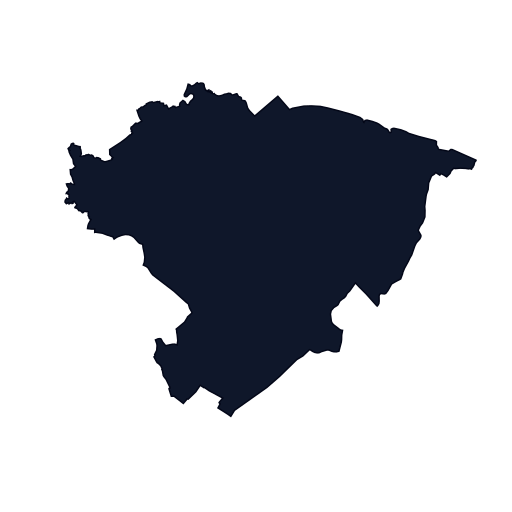 the district of Bang Pakong, Chachoengsao, Thailand, rotated 189°
{"feature_id": "78962969B35774632549792", "entity_name": "Bang Pakong", "entity_type": "district", "adm_level": 2, "iso_a3": "THA", "parent_name": "Thailand", "parent_adm1": "Chachoengsao", "projection": "albers", "projection_center": [100.994, 13.548], "detail": "fine", "context": "isolated", "style": "filled", "palette": "ink", "viewbox_px": 512, "rotation_deg": 189, "n_neighbors": 0, "source": "geoboundaries", "source_scale": "gbopen_adm2", "svg_char_len": 6117}
<svg xmlns="http://www.w3.org/2000/svg" viewBox="0 0 512 512"><g transform="rotate(189 256 256)"><path d="M255.8,93.7L253.1,100.2L224.7,127.9L213.8,140.9L199.5,160.1L194.1,164.6L188.5,171.9L187.8,171.9L185.3,170.7L183.0,170.0L180.5,169.9L178.6,170.3L176.4,171.8L171.2,174.3L169.1,174.5L166.4,173.8L164.4,173.6L161.7,173.9L159.2,174.9L158.3,184.3L158.4,186.8L159.0,191.3L158.9,196.1L160.7,196.1L162.0,196.6L168.9,200.4L170.7,202.1L171.4,203.4L173.4,210.3L173.2,213.9L171.1,217.3L168.5,219.5L167.4,220.7L166.2,224.5L164.0,227.0L162.5,228.3L161.2,230.1L160.1,233.4L158.0,236.1L153.6,245.0L149.4,241.7L141.4,235.9L129.4,226.1L128.5,225.5L127.9,226.4L127.2,228.3L127.3,230.6L128.2,235.7L128.1,236.9L127.7,237.6L127.2,238.2L126.5,238.5L123.3,238.6L122.0,239.3L120.3,242.5L117.7,249.6L114.4,252.3L109.5,256.0L108.5,261.1L108.4,262.9L107.4,267.1L104.6,274.9L103.7,278.1L102.4,281.4L100.7,290.9L99.7,294.1L96.9,298.4L96.3,300.3L96.2,301.4L96.4,302.3L99.4,306.1L99.8,307.0L98.6,311.2L96.7,314.8L95.3,321.0L96.2,327.5L97.1,331.3L97.4,341.8L97.3,343.9L96.4,348.5L96.9,355.2L95.2,362.4L92.4,365.0L91.7,366.6L87.1,364.6L86.4,366.3L83.5,365.5L80.1,364.0L77.3,367.9L76.7,370.4L74.5,373.6L72.9,373.5L68.1,374.7L62.7,375.3L59.7,375.3L59.2,375.6L57.7,375.7L56.7,375.5L56.4,376.7L55.7,377.4L55.5,378.6L55.0,379.4L54.7,382.9L53.6,384.6L53.7,385.1L78.8,391.8L80.2,391.7L81.9,389.7L82.3,389.6L92.3,389.9L93.0,390.7L93.2,391.6L95.2,393.7L95.7,397.3L97.1,397.9L113.9,399.5L124.3,401.0L127.3,402.2L132.7,403.3L139.3,403.7L140.6,403.5L142.2,402.5L142.4,402.0L142.0,400.9L141.9,399.5L142.9,398.7L143.7,399.0L145.7,401.3L146.6,401.9L149.2,402.4L155.1,405.4L157.4,406.2L162.2,407.1L167.6,407.6L169.5,406.9L170.1,405.5L170.2,404.7L170.6,404.8L172.0,407.5L175.0,409.1L183.2,410.7L196.5,412.3L208.2,413.4L215.9,413.8L224.8,412.9L232.2,411.5L243.1,407.6L245.8,405.8L259.4,417.2L279.2,394.0L285.0,398.3L286.6,399.9L287.5,401.0L289.6,405.6L290.8,407.3L291.4,407.6L294.2,407.6L294.9,408.4L295.1,409.6L295.5,410.1L296.1,410.5L297.4,410.6L298.3,410.9L300.1,413.2L300.7,413.2L304.2,411.3L305.3,411.5L306.5,412.5L308.7,412.4L310.1,411.6L312.5,410.8L314.4,409.5L316.5,408.6L317.8,408.2L319.9,408.3L322.0,409.2L322.7,409.9L323.3,409.4L324.7,409.8L324.8,410.8L325.3,410.5L325.6,409.9L325.9,410.0L326.2,410.3L325.9,410.7L326.2,411.1L326.0,411.5L326.6,412.1L327.7,411.3L327.6,410.8L327.9,410.7L328.2,410.9L328.3,412.3L328.5,412.7L329.3,412.2L329.5,411.0L329.8,411.2L330.2,411.2L330.7,411.7L331.5,411.7L331.6,412.2L332.2,412.4L332.4,413.2L333.4,414.8L334.1,417.1L334.9,418.1L335.9,418.3L337.6,418.2L339.5,417.2L339.9,417.2L341.1,418.0L342.0,417.3L343.4,415.5L345.6,413.9L346.9,413.8L348.3,414.9L349.9,415.1L350.4,410.2L352.1,404.2L351.8,402.8L350.9,402.3L350.1,402.3L349.3,402.6L347.2,405.4L346.7,405.9L345.6,406.3L344.2,406.2L343.4,405.9L342.6,405.0L342.3,404.1L342.3,402.2L343.3,400.5L344.9,398.6L345.9,396.2L346.0,394.8L347.4,394.7L348.1,394.9L348.7,395.2L350.4,397.3L352.5,398.2L354.9,395.3L355.1,393.6L354.8,391.9L358.7,390.0L359.6,391.1L360.2,390.5L361.3,391.1L362.0,390.2L365.4,387.6L368.0,391.0L370.5,390.0L371.3,392.3L374.9,392.1L375.3,393.5L377.6,392.7L377.7,393.0L381.4,391.4L382.5,392.0L383.0,391.9L385.1,391.2L388.1,389.1L387.8,388.4L388.1,388.1L389.2,387.3L390.9,385.5L392.6,385.1L393.7,383.6L394.8,382.8L395.2,381.5L396.3,381.3L393.5,375.9L391.8,373.4L390.0,371.7L389.9,371.3L392.5,369.4L392.7,368.6L395.7,368.3L398.3,364.7L399.5,363.7L399.5,361.9L398.4,361.0L398.2,360.3L398.7,359.8L397.1,358.2L397.9,357.6L397.8,356.6L399.5,355.8L402.7,351.8L407.6,346.8L417.2,338.2L416.3,333.4L412.6,330.8L413.7,329.9L413.2,328.9L414.8,327.7L419.3,325.6L420.5,325.4L424.3,326.3L424.7,326.7L424.9,327.6L427.0,328.3L428.9,328.3L429.7,327.5L430.5,327.4L431.8,327.9L432.3,329.1L433.8,329.9L434.3,330.0L435.3,329.5L437.4,330.1L438.3,329.5L439.7,329.3L440.4,328.2L441.6,328.1L443.9,327.1L445.2,327.0L444.5,329.6L445.5,333.0L446.0,334.1L446.7,334.7L446.6,335.8L446.8,336.5L448.0,336.4L451.6,336.9L452.6,336.7L453.7,337.8L453.6,338.5L453.9,338.7L454.9,338.5L456.0,337.6L456.4,334.9L457.1,334.4L458.4,332.7L457.4,331.1L456.4,331.0L457.0,329.8L454.9,326.5L452.0,323.1L450.6,318.6L448.1,316.3L450.5,313.2L451.9,312.3L453.0,312.2L451.9,307.8L450.0,305.3L448.4,301.8L446.8,299.4L446.5,298.2L449.3,298.2L450.4,299.1L450.8,298.7L451.0,298.1L453.1,298.0L454.5,297.5L453.5,295.6L451.6,293.5L451.2,292.3L451.7,291.7L451.4,290.6L452.9,289.3L453.2,288.0L451.4,288.3L451.2,287.5L450.4,287.5L450.1,286.8L450.1,285.7L449.7,284.4L449.8,283.6L450.6,282.8L452.1,283.5L452.3,282.5L453.1,281.3L453.1,279.4L451.5,278.0L449.4,279.4L448.8,278.2L446.8,279.8L445.9,279.0L445.0,279.5L444.8,279.9L445.2,280.5L445.2,281.2L444.2,281.7L440.8,278.5L442.2,276.3L442.5,275.6L442.3,275.3L440.5,275.1L439.3,274.4L438.1,273.1L436.4,273.2L434.2,271.6L433.7,271.7L432.8,272.9L431.9,273.3L430.0,273.3L428.9,273.6L428.5,273.5L428.2,272.9L428.5,271.9L428.1,271.2L428.2,270.0L427.7,269.1L426.8,268.6L427.0,267.6L425.7,266.5L424.7,266.3L426.4,261.6L426.7,259.8L426.7,256.7L422.5,256.9L419.5,257.4L419.0,254.1L418.2,254.4L411.3,254.5L406.1,253.4L404.2,253.2L401.8,252.7L400.6,252.8L398.8,250.5L397.4,251.9L395.7,253.3L391.8,255.5L388.4,256.8L384.8,257.1L382.0,256.5L379.4,255.3L374.3,251.1L373.0,250.3L369.7,249.8L368.9,246.7L366.9,241.5L365.6,237.4L365.3,232.3L365.9,229.4L362.7,228.5L360.9,227.5L356.6,222.6L354.9,221.1L331.5,208.4L317.7,199.4L315.3,198.1L313.4,194.1L310.8,190.8L310.4,190.0L310.5,189.5L314.1,185.1L314.3,184.1L316.2,179.5L323.4,171.3L322.8,170.3L322.4,168.4L321.5,165.8L320.0,160.1L320.0,155.9L322.6,156.2L324.7,155.8L331.2,153.3L334.7,156.4L336.8,159.2L337.9,159.4L339.8,158.9L342.2,157.4L340.2,153.7L339.7,151.9L339.3,147.3L340.7,142.8L340.0,141.9L341.0,140.4L337.6,135.9L336.6,134.9L336.1,135.0L332.9,132.7L331.0,129.9L331.3,129.3L330.4,127.9L328.9,123.5L327.9,122.3L325.5,120.1L320.2,112.5L320.2,112.2L321.1,111.7L321.2,111.3L317.7,104.2L315.0,104.7L304.7,99.0L301.6,104.1L300.6,104.0L294.2,112.5L290.9,119.6L286.8,117.8L286.4,118.1L281.2,115.6L266.6,110.5L269.5,105.6L269.5,105.3L268.3,104.3L269.8,100.0L259.2,95.4L255.8,93.7Z" fill="#0f172a" stroke="#020617" stroke-width="1.5"/></g></svg>